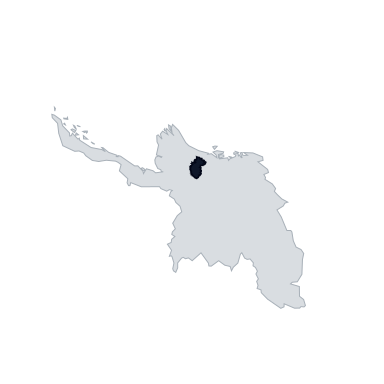 Pyay, Bago, Myanmar shown in context, rotated 130°
{"feature_id": "60261553B730883612766", "entity_name": "Pyay", "entity_type": "district", "adm_level": 2, "iso_a3": "MMR", "parent_name": "Myanmar", "parent_adm1": "Bago", "projection": "mercator", "projection_center": [95.274, 18.774], "detail": "fine", "context": "in_parent", "style": "filled", "palette": "ink", "viewbox_px": 384, "rotation_deg": 130, "n_neighbors": 0, "source": "geoboundaries", "source_scale": "gbopen_adm2", "svg_char_len": 7752}
<svg xmlns="http://www.w3.org/2000/svg" viewBox="0 0 384 384"><g transform="rotate(130 192 192)"><path d="M247.8,177.3L244.0,175.5L241.3,177.2L237.1,176.5L237.5,180.2L235.1,181.4L230.9,181.1L228.3,186.7L219.5,188.1L213.8,187.1L210.6,192.0L210.4,197.6L208.8,201.0L209.5,206.9L205.7,208.4L203.5,208.1L204.7,210.8L207.6,211.9L209.4,218.0L208.8,220.3L220.6,234.2L224.2,245.0L227.0,243.6L227.9,244.7L226.7,247.6L223.1,249.7L222.5,261.2L216.6,263.9L216.8,267.7L217.5,270.4L222.7,278.0L228.6,283.1L231.9,288.7L232.5,296.7L231.7,300.0L233.2,304.9L236.2,308.0L239.6,320.7L232.7,331.8L225.8,339.1L224.9,346.8L222.6,349.3L221.6,346.9L221.0,338.8L224.4,333.7L225.5,323.8L227.7,321.7L226.5,320.7L223.8,321.4L224.8,313.3L223.2,313.0L224.5,311.3L222.8,297.9L217.5,288.4L216.8,284.3L216.0,289.8L215.3,288.7L215.2,281.3L212.1,273.1L212.4,272.4L213.8,273.1L212.5,271.3L211.4,271.7L210.5,269.7L208.9,252.7L206.8,250.3L207.6,242.9L209.1,241.0L203.5,241.8L200.8,235.6L200.7,232.2L195.0,227.0L196.0,228.6L195.0,230.3L196.0,233.3L193.6,238.7L191.3,241.1L188.3,242.1L185.9,240.6L185.3,237.7L184.4,237.7L186.5,243.1L177.5,247.8L176.1,251.0L171.5,255.2L170.0,254.7L170.8,248.9L168.0,253.5L164.3,253.6L163.5,247.5L161.9,251.1L159.7,252.2L160.4,242.0L159.8,244.9L156.2,249.0L152.7,250.3L153.4,241.9L158.2,228.6L158.6,224.2L156.0,213.4L151.8,204.4L153.0,204.3L150.2,201.7L149.8,195.0L148.1,197.4L147.9,201.6L144.3,199.4L140.9,193.6L142.3,193.0L146.2,195.8L148.4,194.2L149.0,192.3L142.8,186.6L144.3,184.3L142.3,184.3L137.0,181.6L135.5,182.1L136.1,184.5L135.0,185.2L133.0,181.5L134.5,179.7L133.2,179.6L134.0,176.3L133.5,175.8L131.0,180.2L129.6,179.1L131.2,176.9L130.5,175.6L128.2,173.1L128.5,177.7L122.9,170.4L119.7,160.5L122.1,157.9L126.5,160.9L126.1,148.6L127.9,145.9L132.4,148.2L133.6,145.0L135.4,144.2L134.2,135.7L135.6,130.2L138.6,129.3L139.2,124.8L139.6,118.8L138.2,112.1L140.9,113.7L144.0,113.1L151.1,115.4L153.8,107.5L160.5,94.6L158.0,91.6L158.4,89.8L164.3,83.0L167.3,76.9L166.0,71.4L167.3,66.9L172.7,64.0L184.4,54.9L193.1,53.6L196.7,57.2L199.1,57.5L195.4,49.0L202.8,42.6L202.6,37.4L206.1,32.1L208.0,32.3L209.8,34.9L211.7,34.9L215.1,38.8L218.4,49.6L220.8,47.7L224.0,49.2L225.5,65.1L224.6,74.2L222.6,76.3L224.1,80.1L221.1,81.4L218.9,85.0L215.9,85.3L213.7,90.3L210.6,91.0L209.0,94.9L209.3,97.8L206.8,99.5L206.0,104.5L208.2,106.5L208.8,109.2L206.5,114.8L208.5,115.0L217.0,111.2L223.0,112.0L227.0,111.1L224.5,114.9L227.0,119.8L227.5,127.4L236.4,129.6L237.8,131.5L235.9,133.8L232.8,146.0L244.5,147.7L244.8,152.4L247.3,154.1L247.7,156.7L249.3,157.5L255.5,157.4L259.3,154.2L264.0,152.8L264.3,155.5L263.2,157.4L258.0,160.2L254.4,165.7L254.2,166.9L255.8,168.0L249.8,170.2L247.8,177.3ZM144.5,190.3L148.2,192.6L147.5,194.2L145.1,194.3L143.3,191.4L144.5,190.3ZM218.6,305.9L221.0,309.2L218.6,311.5L218.6,305.9ZM144.1,205.2L142.1,204.0L140.8,202.1L144.9,202.2L144.1,205.2ZM222.0,320.3L222.1,324.7L220.6,324.2L219.6,320.5L222.0,320.3ZM158.2,250.3L155.7,253.1L155.3,250.7L158.8,247.1L158.2,250.3ZM206.7,246.3L205.2,245.5L205.0,242.8L206.2,242.1L207.1,243.4L206.7,246.3ZM217.1,325.7L216.8,324.2L218.4,320.6L218.1,323.7L217.1,325.7ZM216.2,333.8L218.3,337.1L217.9,337.8L216.1,335.2L214.8,335.4L216.2,333.8ZM223.4,317.8L221.2,318.7L221.1,315.7L223.4,317.8ZM218.2,349.1L215.5,351.9L215.8,350.3L218.2,349.1ZM132.3,182.0L133.3,185.7L131.6,181.3L132.3,182.0ZM218.6,298.9L218.5,301.6L217.8,297.2L218.6,298.9ZM140.9,184.6L141.2,187.0L139.6,183.6L140.9,184.6ZM215.8,314.6L214.1,313.2L214.7,312.2L215.5,312.5L215.8,314.6ZM214.6,310.6L213.6,312.5L212.6,311.4L213.4,310.6L214.6,310.6ZM214.8,321.5L214.9,323.0L213.7,319.4L214.8,321.5ZM162.0,253.6L160.9,253.6L162.4,251.7L162.6,252.4L162.0,253.6ZM222.3,334.1L221.2,333.8L222.0,332.1L222.3,334.1Z" fill="#d9dde1" stroke="#a8b0b8" stroke-width="1"/><path d="M169.4,210.8L169.5,210.7L169.7,210.8L170.3,210.7L170.6,210.8L170.6,210.6L170.7,210.1L170.6,209.9L170.6,209.5L170.8,209.6L171.3,209.4L171.5,209.3L171.8,209.3L172.1,209.5L172.5,209.6L172.7,209.8L172.9,209.7L173.1,209.7L173.3,209.4L173.4,209.5L173.4,209.4L173.5,209.4L173.4,209.3L173.5,209.3L173.6,209.2L173.7,209.3L173.8,209.3L173.9,209.1L174.1,209.1L174.2,208.9L174.4,208.9L174.5,208.8L174.6,208.7L174.6,208.8L174.9,208.7L175.1,208.5L175.3,208.5L175.4,208.4L175.5,208.3L175.8,208.2L176.0,208.0L176.0,207.9L176.2,207.5L176.1,207.3L176.0,207.1L176.1,206.9L176.3,206.9L176.4,206.7L176.5,206.7L176.8,206.5L176.6,206.2L176.8,206.0L176.7,205.7L177.0,205.6L177.2,205.3L177.4,205.2L177.5,205.2L177.4,205.1L177.5,205.0L177.7,204.9L177.8,204.9L177.9,204.7L178.3,204.6L178.4,204.4L178.5,204.3L178.4,204.3L178.5,204.2L178.4,204.2L178.5,204.2L178.3,203.6L178.6,203.6L178.8,203.5L178.9,203.4L178.7,203.1L178.7,202.9L178.8,203.0L178.9,202.9L178.8,202.7L178.7,202.6L178.8,202.5L179.0,202.4L178.9,202.4L178.9,202.2L179.2,202.1L179.1,201.9L178.9,201.7L179.0,201.4L178.9,201.1L178.9,200.5L179.0,200.4L179.1,200.2L179.1,199.9L178.9,199.8L178.7,199.5L178.7,199.3L178.8,199.0L179.0,199.0L179.0,198.8L179.1,198.7L178.8,198.4L178.8,198.2L178.9,197.6L178.6,197.1L178.2,197.2L177.9,197.0L177.8,196.9L177.7,196.9L177.5,197.0L177.3,196.9L177.2,196.7L177.2,196.8L176.9,196.6L176.7,196.7L176.3,196.7L176.2,196.8L176.1,197.0L175.7,197.0L175.3,197.2L175.1,197.2L174.8,197.1L174.7,196.9L174.6,197.0L174.4,196.9L174.4,197.0L174.3,196.9L174.1,197.1L174.0,196.9L173.9,196.8L173.7,196.8L173.4,196.7L173.1,196.7L173.1,196.8L172.8,197.0L172.6,196.9L172.5,196.7L172.3,196.7L172.1,196.8L172.0,197.0L171.8,197.1L171.8,197.3L171.7,197.4L171.6,197.5L171.4,197.8L171.2,198.0L171.3,198.1L171.2,198.1L170.9,198.4L170.7,198.2L170.3,198.2L170.1,198.3L169.8,198.5L169.6,198.7L169.6,198.8L169.5,199.0L169.6,199.3L169.8,199.4L169.8,199.5L169.8,199.8L169.7,199.9L169.3,199.9L168.9,200.1L168.7,200.4L168.6,200.5L168.3,200.5L168.0,200.5L167.8,200.6L167.7,200.7L167.7,200.8L167.6,201.0L167.6,201.4L167.7,201.7L167.8,201.8L167.7,201.8L167.4,202.0L167.1,202.0L166.9,202.2L166.7,202.2L166.5,202.3L166.4,202.3L166.4,202.5L166.1,202.7L165.8,202.3L165.6,202.1L165.5,201.6L165.2,201.4L165.0,201.2L164.7,201.0L164.5,200.9L164.4,200.9L164.3,201.0L164.2,201.0L164.2,200.9L164.0,201.0L164.0,200.9L163.9,200.9L163.8,201.0L163.8,200.9L163.6,200.9L163.5,200.6L163.4,200.6L163.2,200.6L163.1,200.4L163.0,200.5L162.9,200.4L162.5,200.2L162.5,200.3L162.3,200.2L162.2,200.2L162.2,200.4L161.9,200.4L161.5,200.4L161.4,200.3L161.4,200.2L161.2,200.3L160.9,200.3L160.9,200.5L160.7,200.5L160.6,200.4L160.3,200.6L160.4,200.9L160.3,201.0L160.4,201.3L160.6,201.4L160.7,201.5L160.9,201.5L161.1,201.6L161.2,202.0L161.3,202.0L161.2,202.1L161.3,202.1L161.3,202.3L161.3,202.5L161.2,202.7L161.2,202.8L160.7,202.9L160.4,202.9L160.5,203.1L160.1,203.2L160.2,203.5L160.3,203.6L160.5,203.8L160.4,203.9L160.4,204.0L160.6,204.3L160.8,204.5L161.0,204.7L160.9,204.8L160.9,205.1L161.1,205.2L161.1,205.3L161.0,205.5L160.9,205.7L160.7,205.8L160.4,205.8L160.2,205.9L160.3,206.0L160.2,206.1L160.3,206.4L160.5,206.4L160.5,206.7L160.8,207.1L161.0,207.2L161.2,207.3L161.4,207.3L161.3,207.5L161.1,207.6L161.2,208.0L161.1,208.5L160.9,208.5L160.9,208.8L161.3,209.1L161.3,209.3L161.5,209.6L161.8,210.3L161.9,210.6L162.1,210.7L162.3,210.7L162.3,210.8L162.4,210.7L162.6,210.6L162.7,210.3L162.9,210.2L163.0,209.9L163.3,209.8L163.6,209.7L163.7,209.8L163.8,209.7L164.0,209.7L164.0,209.3L164.1,209.2L164.3,209.2L164.3,209.3L164.5,209.5L164.7,209.8L165.0,209.9L165.1,210.0L165.3,210.2L165.3,210.4L165.5,210.4L165.7,210.5L165.8,210.6L166.0,210.5L166.4,210.4L166.5,210.3L166.6,210.2L166.8,210.1L166.7,210.0L166.7,209.6L166.8,209.6L167.0,209.5L166.9,209.2L166.9,208.9L166.8,208.6L166.9,208.3L166.9,208.2L167.1,208.2L167.4,208.4L167.6,208.5L168.0,208.5L168.3,208.8L168.3,209.1L168.2,209.6L168.3,209.8L168.7,210.1L168.9,210.3L169.3,210.3L169.4,210.5L169.4,210.8Z" fill="#0f172a" stroke="#020617" stroke-width="1.5"/></g></svg>